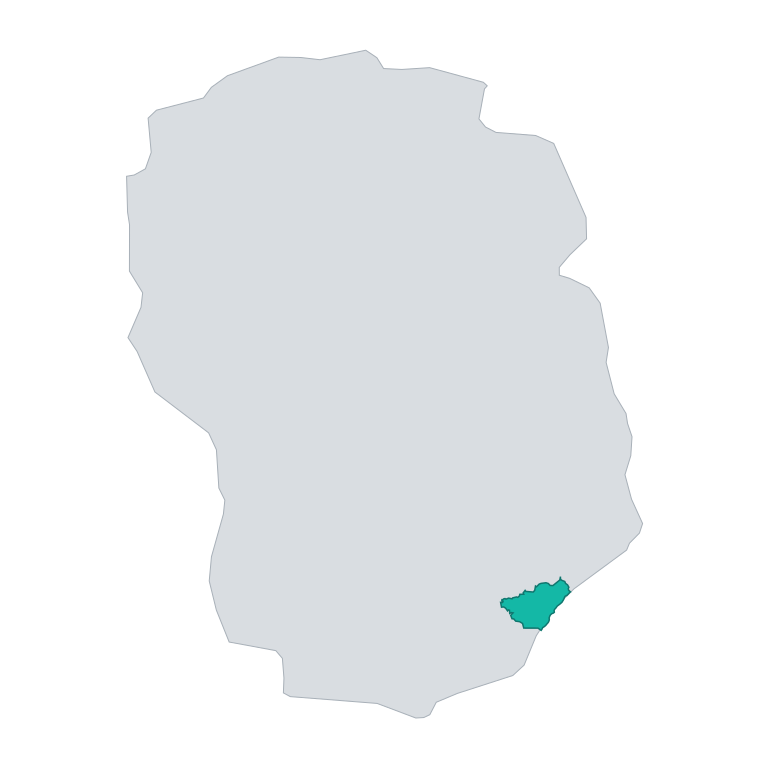 Makedonska Kamenitsa, Makedonska Kamenica, North Macedonia (highlighted), rotated 91°
{"feature_id": "65306769B84975747896428", "entity_name": "Makedonska Kamenitsa", "entity_type": "district", "adm_level": 2, "iso_a3": "MKD", "parent_name": "North Macedonia", "parent_adm1": "Makedonska Kamenica", "projection": "orthographic", "projection_center": [22.559, 42.055], "detail": "fine", "context": "in_parent", "style": "filled", "palette": "teal", "viewbox_px": 768, "rotation_deg": 91, "n_neighbors": 0, "source": "geoboundaries", "source_scale": "gbopen_adm2", "svg_char_len": 2355}
<svg xmlns="http://www.w3.org/2000/svg" viewBox="0 0 768 768"><g transform="rotate(91 384 384)"><path d="M344.1,160.3L358.5,162.3L389.8,153.7L409.3,141.5L419.2,139.8L432.4,135.1L451.4,136.0L470.5,141.5L494.9,134.5L519.0,123.0L528.6,126.0L538.9,135.8L545.8,138.5L585.5,190.5L607.3,211.5L633.1,227.4L662.6,239.0L673.2,250.1L692.1,305.3L701.3,326.2L713.8,332.4L716.8,338.4L717.4,346.4L703.5,385.3L698.2,472.3L694.6,479.2L679.8,478.9L660.1,480.8L652.5,487.5L644.7,534.3L612.9,547.7L584.0,555.3L559.7,553.5L516.9,542.3L502.9,541.1L490.9,547.3L452.7,550.4L435.9,558.5L396.0,612.9L355.8,631.4L342.1,640.8L311.6,628.3L297.0,626.9L275.6,640.5L229.2,641.2L216.6,643.4L180.8,645.0L179.4,637.4L173.0,626.3L156.5,620.8L122.3,624.5L114.2,616.3L101.2,569.5L90.4,561.8L78.5,545.9L59.0,495.0L59.0,472.9L60.9,453.6L50.6,408.1L57.9,396.8L68.6,389.9L69.2,371.7L66.9,343.9L80.6,289.9L84.1,286.0L87.2,288.7L117.3,293.7L125.3,287.0L130.5,276.4L132.9,236.7L140.5,218.5L213.9,184.9L235.3,184.0L251.5,200.3L264.3,210.8L272.2,210.6L275.1,200.3L284.3,180.5L299.4,169.3L343.7,160.2L344.1,160.3Z" fill="#d9dde1" stroke="#a8b0b8" stroke-width="1"/><path d="M616.5,251.9L616.6,250.2L618.8,248.2L619.3,244.2L621.0,241.3L625.6,240.0L625.4,225.8L627.6,222.6L626.6,221.9L626.4,221.8L624.8,221.1L624.1,219.9L623.3,218.9L622.6,218.1L621.3,217.1L619.9,215.9L618.8,215.2L617.3,214.7L616.4,214.6L615.2,214.8L614.6,214.7L612.5,213.9L611.6,213.2L610.6,212.1L610.3,211.1L609.9,210.4L609.2,209.7L608.1,209.9L607.5,210.0L606.8,209.7L606.3,209.4L605.9,209.1L605.2,208.4L603.0,206.9L602.6,206.4L601.0,204.3L599.2,202.3L596.8,200.9L596.2,200.6L593.4,199.5L593.0,199.1L592.4,198.0L592.3,197.5L590.6,195.9L588.9,194.4L588.6,193.9L587.0,195.8L585.3,196.2L584.0,195.6L581.6,197.0L580.2,199.0L578.3,199.8L577.0,203.3L575.5,204.2L573.5,204.2L576.9,204.8L582.6,211.6L582.5,214.4L580.6,216.2L579.9,218.6L580.6,223.5L581.4,225.4L584.1,228.0L583.4,229.0L587.7,229.7L589.4,231.2L588.9,238.6L587.9,239.3L590.4,241.2L591.8,240.6L591.9,244.5L593.7,245.0L595.0,246.5L594.6,247.8L595.6,251.6L596.5,252.2L595.9,255.7L597.0,258.3L596.4,259.3L596.9,260.9L597.8,261.3L597.6,262.3L598.8,262.4L599.7,261.2L600.5,262.0L600.3,263.6L605.1,262.6L604.8,260.5L606.0,258.5L608.7,256.5L607.7,255.7L608.0,254.6L611.2,254.3L610.3,252.7L610.6,251.0L613.1,253.3L616.5,251.9Z" fill="#14b8a6" stroke="#0f766e" stroke-width="1.5"/></g></svg>